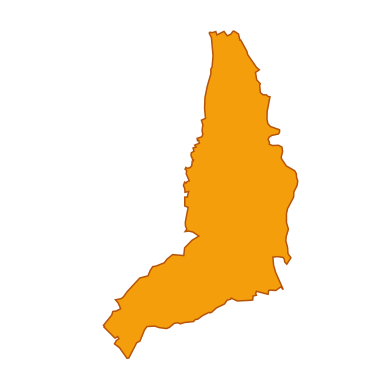 the district of Cork City South West Lea-7, Cork, Ireland, rotated 82°
{"feature_id": "5873133B2000011981509", "entity_name": "Cork City South West Lea-7", "entity_type": "district", "adm_level": 2, "iso_a3": "IRL", "parent_name": "Ireland", "parent_adm1": "Cork", "projection": "orthographic", "projection_center": [-8.54, 51.864], "detail": "fine", "context": "isolated", "style": "filled", "palette": "amber", "viewbox_px": 384, "rotation_deg": 82, "n_neighbors": 0, "source": "geoboundaries", "source_scale": "gbopen_adm2", "svg_char_len": 2430}
<svg xmlns="http://www.w3.org/2000/svg" viewBox="0 0 384 384"><g transform="rotate(82 192 192)"><path d="M347.6,277.7L333.5,267.7L332.4,264.3L321.9,258.2L319.0,255.3L319.6,247.5L321.7,243.4L323.7,236.2L322.9,233.2L319.6,227.9L319.5,224.1L320.9,222.1L320.2,217.5L320.5,208.5L318.7,206.4L318.8,204.2L315.8,198.6L313.6,192.0L314.2,190.9L313.7,189.1L310.2,184.0L307.4,175.4L304.0,172.3L303.6,168.6L302.5,168.0L306.2,162.4L307.4,149.1L307.4,146.9L303.5,146.0L303.2,142.6L301.3,143.1L299.3,142.0L303.9,130.9L300.2,129.8L300.0,128.4L301.2,122.7L298.3,117.3L301.4,115.2L283.5,120.3L276.0,121.4L267.8,121.0L267.8,116.6L269.4,111.0L271.1,110.0L274.2,109.9L276.7,108.2L270.9,103.2L266.5,105.5L260.0,105.1L253.6,105.9L249.2,104.9L242.2,101.7L235.6,102.7L226.7,101.5L221.8,99.7L211.2,92.1L206.1,91.1L200.5,87.2L195.8,85.7L192.6,86.4L188.2,86.2L185.2,87.4L179.4,94.9L171.7,98.7L170.2,98.9L164.5,96.6L160.0,96.7L157.8,99.8L157.2,105.7L155.6,108.8L153.7,108.4L150.5,109.3L148.5,108.1L147.1,105.2L146.6,98.4L145.0,97.0L142.6,96.6L138.1,105.2L134.8,107.4L130.0,107.6L122.5,106.3L108.5,101.5L107.9,103.5L106.2,104.8L105.6,108.1L103.0,110.5L95.4,110.1L94.3,109.3L90.0,112.3L82.4,112.5L80.4,108.3L77.4,110.9L63.8,117.7L60.3,118.1L48.3,122.6L48.3,123.4L42.0,124.0L38.6,127.9L38.5,129.0L41.1,131.6L42.3,135.3L37.4,138.0L39.9,145.5L36.4,146.1L37.0,149.5L36.3,152.2L37.0,152.8L42.0,151.3L60.1,152.2L70.9,154.7L72.9,156.2L77.6,156.9L89.7,162.3L100.2,166.0L110.7,167.9L121.0,168.4L122.2,172.7L126.9,171.9L132.5,173.5L136.5,173.3L138.7,174.6L139.6,179.5L141.9,179.4L141.6,178.3L144.6,177.8L146.0,182.8L148.0,181.7L148.5,184.8L151.9,184.4L153.1,187.3L155.7,187.9L160.0,186.8L160.5,186.0L161.5,186.5L161.5,187.5L165.9,188.6L167.6,190.5L167.9,193.2L166.8,194.6L168.4,195.7L169.9,194.3L173.1,195.2L180.5,193.2L181.4,196.1L182.3,196.7L181.2,197.9L184.3,199.6L187.9,198.7L191.3,199.0L191.0,195.3L196.4,197.4L196.0,199.9L204.8,201.1L206.7,198.0L221.2,202.9L224.8,203.2L228.1,202.3L230.2,204.3L230.3,200.6L231.7,196.8L236.6,191.3L239.8,198.7L246.3,207.1L253.8,209.0L251.3,219.9L255.0,226.1L258.3,229.4L260.4,238.2L260.4,241.2L263.7,244.2L268.9,247.2L269.9,255.7L281.6,270.0L286.5,274.7L287.8,277.3L288.1,282.8L291.6,280.5L297.7,278.9L299.3,283.7L299.3,287.0L302.8,288.7L311.8,298.3L313.1,297.3L313.6,297.9L326.0,288.6L324.8,285.7L327.1,284.8L328.5,287.5L331.6,289.9L336.2,285.4L347.7,279.5L347.6,277.7Z" fill="#f59e0b" stroke="#b45309" stroke-width="1.5"/></g></svg>